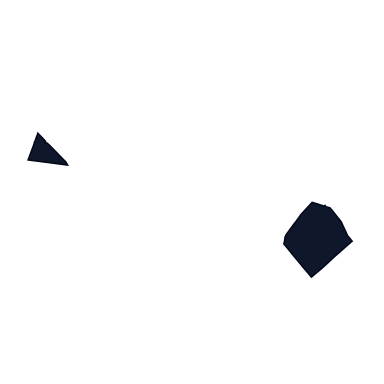 the district of Jaltenco, México, Mexico, rotated 122°
{"feature_id": "50627088B10595565108776", "entity_name": "Jaltenco", "entity_type": "district", "adm_level": 2, "iso_a3": "MEX", "parent_name": "Mexico", "parent_adm1": "México", "projection": "mercator", "projection_center": [-99.083, 19.711], "detail": "fine", "context": "isolated", "style": "filled", "palette": "ink", "viewbox_px": 384, "rotation_deg": 122, "n_neighbors": 0, "source": "geoboundaries", "source_scale": "gbopen_adm2", "svg_char_len": 2193}
<svg xmlns="http://www.w3.org/2000/svg" viewBox="0 0 384 384"><g transform="rotate(122 192 192)"><path d="M149.3,30.3L148.8,30.1L148.5,31.0L148.3,31.7L147.5,34.0L146.6,36.9L145.3,38.9L144.3,40.3L141.5,44.6L139.9,47.1L138.2,49.6L137.4,51.8L136.6,54.0L136.6,54.3L136.3,55.1L135.4,57.5L134.7,59.4L133.6,62.7L133.5,62.8L133.0,64.4L132.3,66.6L133.2,69.7L133.5,70.6L132.9,72.1L133.9,72.4L134.2,73.5L134.9,76.3L135.6,79.1L136.3,81.8L137.1,84.6L139.4,85.1L139.6,85.1L142.7,85.7L145.9,86.3L149.1,86.9L150.5,87.1L153.3,87.7L154.7,87.8L157.4,87.9L158.1,88.0L161.1,88.2L161.8,88.2L164.5,88.6L165.3,88.6L166.3,88.7L170.3,89.0L174.8,89.3L176.1,89.4L177.3,89.5L177.5,89.5L179.1,89.5L180.6,89.3L181.9,88.8L183.6,88.0L185.0,87.4L187.4,86.6L188.4,83.5L188.8,82.3L189.1,81.3L189.6,79.8L190.1,78.5L190.3,77.9L190.5,77.1L190.7,76.5L191.4,74.7L192.7,70.8L193.2,69.2L193.7,67.7L194.3,65.9L194.6,65.1L195.0,63.9L195.2,63.1L195.5,62.3L195.5,62.1L196.0,60.7L196.4,59.8L197.5,56.3L198.6,52.8L199.3,50.6L199.9,48.8L200.1,48.1L200.8,46.1L200.9,45.6L196.6,44.2L193.3,43.2L190.8,42.3L189.1,41.8L187.6,41.3L187.4,41.3L185.2,40.6L182.5,39.9L181.2,39.5L179.7,39.1L176.0,38.1L172.4,37.2L169.7,36.4L167.1,35.6L163.5,34.5L160.0,33.5L157.3,32.7L154.7,31.9L153.4,31.5L149.3,30.3ZM251.7,348.0L250.4,345.1L250.2,344.7L242.5,328.0L235.1,311.7L234.3,313.1L233.6,314.4L233.2,315.5L232.9,316.8L232.6,318.1L232.5,318.3L232.4,319.1L231.9,321.0L231.8,321.3L231.6,322.1L231.6,322.3L231.3,323.5L231.2,324.0L231.0,324.7L230.7,326.0L230.6,326.3L230.3,327.4L229.9,329.1L229.5,330.7L229.4,331.2L229.2,332.1L228.8,333.6L228.6,334.4L228.6,334.6L228.5,334.9L228.1,336.7L227.9,337.5L227.8,337.9L227.5,339.6L227.4,340.2L227.2,340.5L228.1,342.5L227.9,342.6L227.7,342.6L226.7,342.9L226.4,343.7L226.3,344.1L226.2,344.3L225.7,346.3L225.6,346.6L225.3,347.7L224.8,349.8L224.7,350.3L224.2,352.4L224.0,353.2L223.8,353.9L225.5,353.5L227.4,353.2L229.1,352.8L230.7,352.4L232.7,352.0L233.1,351.9L233.3,352.1L233.7,351.8L234.0,351.7L235.0,351.5L235.5,351.4L236.1,351.2L239.9,350.4L240.8,350.3L241.8,350.0L243.0,349.8L243.9,349.6L244.1,349.6L245.2,349.3L245.3,349.3L248.7,348.6L250.2,348.3L251.7,348.0Z" fill="#0f172a" stroke="#020617" stroke-width="1.5"/></g></svg>